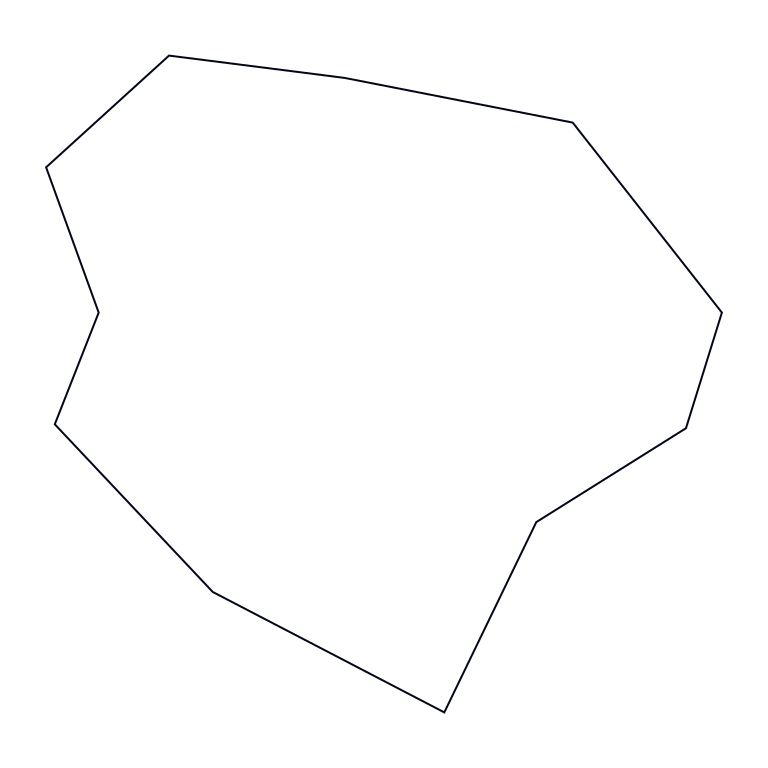 the border of Tatabánya
{"feature_id": "HUN-4906", "entity_name": "Tatabánya", "entity_type": "Urban county", "adm_level": 1, "iso_a3": "HUN", "parent_name": "Hungary", "parent_adm1": "", "projection": "natural_earth1", "projection_center": [18.448, 47.563], "detail": "fine", "context": "isolated", "style": "outline", "palette": "ink", "viewbox_px": 768, "rotation_deg": 0, "n_neighbors": 0, "source": "natural_earth", "source_scale": "10m", "svg_char_len": 266}
<svg xmlns="http://www.w3.org/2000/svg" viewBox="0 0 768 768"><path d="M686.0,428.2L536.3,522.1L444.3,712.4L212.8,592.0L54.8,424.3L98.7,312.6L46.1,167.3L169.0,55.6L344.5,77.9L572.7,122.6L721.9,312.6L686.0,428.2Z" fill="none" stroke="#020617" stroke-width="2"/></svg>